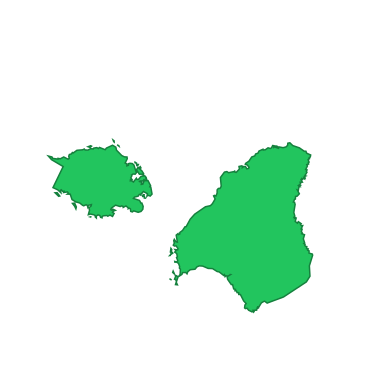 the district of Bombana, Sulawesi Tenggara, Indonesia, rotated 118°
{"feature_id": "22746128B28760414544557", "entity_name": "Bombana", "entity_type": "district", "adm_level": 2, "iso_a3": "IDN", "parent_name": "Indonesia", "parent_adm1": "Sulawesi Tenggara", "projection": "mercator", "projection_center": [121.865, -4.925], "detail": "fine", "context": "isolated", "style": "filled", "palette": "green", "viewbox_px": 384, "rotation_deg": 118, "n_neighbors": 0, "source": "geoboundaries", "source_scale": "gbopen_adm2", "svg_char_len": 6115}
<svg xmlns="http://www.w3.org/2000/svg" viewBox="0 0 384 384"><g transform="rotate(118 192 192)"><path d="M217.7,48.8L211.0,48.3L202.1,53.7L191.2,55.8L190.3,56.6L191.0,60.0L189.0,61.0L189.1,62.5L187.7,62.7L188.2,64.3L186.3,65.0L186.7,66.2L186.2,67.3L185.1,67.6L185.0,69.1L184.0,68.7L181.1,71.7L176.9,72.6L177.3,75.5L176.5,75.3L175.5,76.9L173.2,77.3L173.4,78.3L169.7,78.5L170.4,79.6L169.5,81.1L168.7,80.8L168.3,84.2L170.0,84.3L169.6,87.0L166.2,87.8L167.1,89.0L166.1,89.1L166.5,90.0L164.8,90.1L162.3,92.5L154.6,95.1L153.0,96.6L153.3,97.8L150.3,98.0L149.7,97.4L147.3,98.5L146.3,97.2L143.2,96.4L140.8,100.0L140.7,98.9L137.3,100.0L136.7,99.2L136.5,100.4L135.7,99.8L136.0,100.9L133.8,99.9L132.6,101.1L131.5,99.2L129.9,101.6L128.5,101.4L129.0,100.4L127.8,100.0L127.7,98.9L126.7,100.0L126.5,98.8L125.3,99.9L124.4,99.1L124.5,100.0L120.6,99.8L120.2,100.7L118.5,100.8L118.8,102.2L114.8,102.3L113.9,103.5L112.6,102.2L111.2,103.2L110.6,102.7L108.9,104.7L107.5,103.9L107.2,104.7L105.5,104.0L103.6,104.6L103.9,109.0L102.5,110.6L103.3,112.1L102.6,117.9L103.7,124.8L102.6,128.7L103.9,130.3L106.0,129.5L108.1,130.2L110.1,132.4L111.4,136.5L112.5,136.6L112.8,135.6L113.4,140.2L114.2,140.7L112.7,141.5L113.1,142.6L115.7,142.5L116.8,143.3L117.3,145.6L120.3,147.1L121.5,148.8L120.9,149.4L124.4,152.1L126.7,152.0L128.6,153.7L130.6,153.5L133.0,155.7L138.0,156.2L141.6,158.1L142.6,157.9L142.2,156.0L143.4,153.2L144.7,153.2L145.8,154.5L144.5,156.6L145.1,158.1L146.8,159.0L145.5,159.5L145.6,160.4L147.4,162.5L149.5,160.9L154.0,162.2L154.3,163.9L152.9,164.1L154.1,164.3L157.8,168.8L157.6,170.8L159.2,172.7L165.9,173.7L173.2,168.9L175.6,168.9L176.5,170.4L178.3,170.8L181.2,169.3L184.3,169.0L184.5,170.7L185.3,171.1L187.3,168.3L192.7,168.5L195.4,169.3L198.7,173.2L210.3,179.2L216.8,180.8L225.3,180.9L226.1,181.9L230.4,182.3L233.4,183.7L234.9,183.1L236.0,184.0L235.3,184.8L237.5,185.7L243.1,181.4L243.5,182.8L242.1,185.4L243.5,185.3L245.5,183.6L247.7,183.6L248.0,182.2L247.0,180.8L248.5,177.8L249.8,177.5L250.8,180.0L251.4,178.6L253.2,179.0L253.5,176.6L256.1,174.5L257.1,174.9L259.4,172.2L261.0,172.8L261.4,174.6L262.0,174.1L261.2,172.9L261.3,170.5L263.5,168.0L265.1,167.4L265.6,166.0L270.4,163.8L273.1,164.2L269.5,162.2L267.6,162.5L266.0,159.7L266.6,158.0L264.3,158.3L261.4,157.0L258.8,153.1L255.6,152.4L253.8,150.9L252.4,147.8L251.9,141.9L250.0,137.9L250.4,132.4L249.8,130.5L250.8,124.9L249.8,124.6L251.2,123.1L250.0,122.8L249.7,121.3L248.3,120.0L246.9,119.5L246.8,119.2L250.4,121.2L252.4,119.5L255.3,113.9L254.7,112.7L258.0,109.7L257.6,107.9L259.0,107.7L258.5,106.4L259.7,104.9L259.0,103.5L260.5,102.6L259.8,101.1L263.9,95.3L265.1,91.8L266.9,92.2L269.6,91.2L269.9,90.2L268.8,88.8L269.8,86.5L269.7,82.7L268.5,82.2L269.1,81.2L268.2,81.1L267.7,82.3L266.0,79.5L265.2,80.0L263.4,79.1L263.3,80.1L262.5,80.1L262.1,79.0L257.3,78.7L255.2,77.4L254.3,76.6L254.8,73.5L241.7,61.9L217.7,48.8ZM253.4,316.8L253.1,311.6L254.2,307.4L252.2,308.9L251.4,308.5L252.1,306.5L251.4,305.3L252.7,305.1L250.4,302.0L251.1,300.5L252.4,301.1L251.1,298.5L255.0,294.4L255.3,289.9L254.4,286.0L255.1,282.4L255.0,281.1L252.9,279.5L253.1,278.0L250.3,274.9L251.6,274.5L254.4,275.6L256.2,273.9L260.7,272.9L259.2,271.4L258.2,268.0L258.2,266.2L259.4,265.8L259.8,264.3L258.2,265.2L256.3,264.2L256.0,262.3L257.3,260.8L257.0,259.3L255.9,259.8L254.7,259.2L252.7,256.1L252.9,255.0L250.9,253.6L250.9,250.7L247.5,250.7L247.3,252.6L245.7,252.4L244.2,251.1L244.3,253.8L245.7,254.1L245.7,255.4L244.0,255.6L239.5,253.3L238.6,248.6L237.3,247.6L237.1,246.1L237.9,245.5L235.3,243.8L235.9,240.8L236.7,240.5L235.7,239.7L235.8,238.5L237.9,237.0L237.6,235.3L236.0,234.6L235.2,230.0L233.1,227.9L230.4,227.3L227.6,228.4L225.3,231.1L225.8,231.8L224.1,234.4L225.2,240.7L223.5,240.4L221.0,237.6L219.0,237.4L218.3,236.7L219.1,235.2L218.1,236.1L214.4,235.1L214.4,230.6L216.8,229.8L215.6,229.5L215.2,227.0L212.6,226.3L207.0,230.7L207.2,231.7L205.8,231.6L202.6,236.2L204.4,239.5L208.1,239.1L209.6,240.9L208.5,240.2L207.0,241.0L207.4,243.2L206.6,243.0L205.1,240.3L203.7,240.3L203.0,237.1L201.0,239.1L202.2,239.5L200.8,239.3L199.9,241.3L202.1,244.3L206.1,245.2L206.8,246.7L206.0,247.6L210.7,248.4L210.5,250.9L211.1,251.7L210.1,252.1L209.2,250.7L208.3,252.7L205.9,252.7L205.4,253.4L203.8,252.5L202.9,250.5L200.2,250.0L200.3,251.0L195.5,255.9L194.9,258.0L195.8,260.3L196.8,261.4L198.3,260.7L199.5,261.8L197.8,262.7L197.8,264.6L193.0,264.8L191.6,265.8L192.7,268.2L192.8,271.1L190.5,278.3L188.2,280.3L188.0,284.1L193.4,288.2L195.4,288.5L196.1,294.6L197.6,295.1L197.5,296.9L199.4,299.4L200.3,299.4L201.4,301.9L203.8,303.5L205.1,306.1L204.6,307.3L206.1,308.4L209.2,313.2L213.3,315.2L213.3,316.2L214.9,316.3L216.5,317.9L218.4,317.6L219.8,316.2L221.2,316.8L221.3,321.7L224.5,323.9L225.2,326.1L225.9,325.8L227.7,330.8L226.8,332.1L227.7,335.7L229.4,331.2L230.0,317.7L253.4,316.8ZM198.5,251.5L201.0,246.8L199.7,244.4L199.8,242.8L198.5,243.3L196.8,246.3L195.6,251.2L198.5,251.5ZM258.2,292.2L259.7,288.9L261.4,286.6L259.5,287.1L256.9,290.4L258.2,292.2ZM278.6,163.6L273.3,164.5L273.3,167.8L274.2,166.8L277.2,166.5L277.2,164.9L278.6,163.6ZM257.0,312.5L258.4,307.7L257.6,306.9L255.9,310.8L257.0,312.5ZM255.0,180.3L254.2,182.3L252.3,182.9L251.7,184.1L255.2,182.9L255.2,182.1L257.0,181.3L255.0,180.3ZM200.8,305.0L200.5,302.8L198.7,302.2L198.7,303.2L200.8,305.0ZM112.7,140.9L112.3,137.0L112.2,136.9L111.6,138.6L112.7,140.9ZM281.5,163.1L280.8,161.3L279.0,163.6L281.5,163.1ZM194.6,253.1L194.2,252.3L192.9,252.3L193.5,254.0L194.6,253.1ZM194.7,248.4L193.9,249.6L195.4,250.1L195.5,248.9L194.7,248.4ZM272.1,171.3L272.7,168.9L270.7,171.5L272.1,171.3ZM192.9,256.1L192.6,254.0L192.4,256.3L192.9,256.1ZM183.2,286.0L184.3,284.8L184.4,284.2L183.4,284.8L183.2,286.0ZM218.6,232.8L217.9,232.7L216.9,232.9L217.2,233.9L218.1,233.7L218.6,232.8ZM185.4,280.3L185.8,278.0L185.6,278.2L185.4,280.3ZM218.7,231.5L219.7,231.2L219.4,230.5L218.7,231.5ZM219.1,233.5L218.8,233.0L218.2,234.3L219.1,233.5ZM279.1,171.2L279.3,169.1L279.2,168.8L279.1,171.2ZM253.4,277.0L253.9,277.3L254.3,276.9L253.4,277.0ZM258.2,181.4L257.6,181.6L258.5,181.8L258.2,181.4ZM261.4,269.7L261.7,270.0L261.5,269.1L261.4,269.7Z" fill="#22c55e" stroke="#15803d" stroke-width="1.5"/></g></svg>